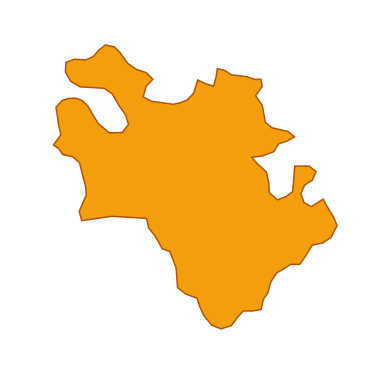 Águas Frias, Santa Catarina, Brazil, rotated 190°
{"feature_id": "56859067B4430319008456", "entity_name": "Águas Frias", "entity_type": "district", "adm_level": 2, "iso_a3": "BRA", "parent_name": "Brazil", "parent_adm1": "Santa Catarina", "projection": "robinson", "projection_center": [-52.849, -26.847], "detail": "fine", "context": "isolated", "style": "filled", "palette": "amber", "viewbox_px": 384, "rotation_deg": 190, "n_neighbors": 0, "source": "geoboundaries", "source_scale": "gbopen_adm2", "svg_char_len": 1740}
<svg xmlns="http://www.w3.org/2000/svg" viewBox="0 0 384 384"><g transform="rotate(190 192 192)"><path d="M295.6,144.7L266.6,154.2L232.2,158.1L228.2,148.8L221.5,143.1L216.0,136.6L211.4,130.9L203.4,129.6L199.6,123.1L194.4,114.3L192.0,104.6L189.6,95.3L180.5,90.4L168.7,88.3L163.8,79.4L158.3,71.7L149.6,64.4L139.9,62.2L130.1,67.1L125.5,76.4L121.0,83.7L111.4,85.4L103.7,88.3L103.0,98.9L99.8,105.7L98.8,117.1L94.4,127.2L88.8,131.8L82.2,137.9L73.4,139.4L69.3,148.0L64.4,160.5L54.3,164.6L47.1,171.6L43.3,184.1L48.5,192.3L53.8,198.0L61.7,207.7L71.8,198.3L79.8,200.9L84.6,209.7L82.2,218.6L75.6,224.5L73.4,233.6L81.1,237.8L87.7,236.6L95.3,235.4L94.0,221.9L93.0,209.7L98.4,204.0L106.6,199.1L115.8,204.8L117.7,213.4L122.1,224.5L131.9,230.8L139.5,236.5L128.8,239.8L118.6,245.8L115.1,254.4L106.8,259.0L100.6,264.2L108.2,268.3L117.0,268.8L124.6,269.1L131.9,273.5L134.6,280.8L137.8,289.4L146.1,297.9L141.2,308.1L143.7,315.0L149.9,313.8L157.5,315.0L166.3,314.7L173.6,314.2L180.8,317.4L188.5,317.9L188.2,309.8L189.2,300.0L197.6,301.1L205.8,303.3L207.6,289.4L212.9,281.6L218.8,278.0L225.7,275.1L235.3,274.8L247.7,274.3L256.6,277.2L255.5,288.1L250.1,296.3L257.9,301.6L268.1,303.1L277.8,307.6L286.8,316.6L293.8,321.5L302.8,321.8L308.4,315.5L312.5,308.5L319.5,303.6L330.6,302.4L338.6,297.9L337.6,288.3L330.7,280.0L320.5,276.1L313.9,276.9L307.0,277.7L296.3,278.9L287.6,274.8L279.2,264.7L270.5,256.1L266.3,247.6L270.9,238.5L283.8,235.9L296.1,243.1L302.2,249.9L309.8,258.8L316.0,263.1L322.7,264.2L329.3,262.9L335.5,259.8L340.7,252.0L338.2,244.7L335.1,235.1L331.1,225.6L336.6,214.2L330.7,211.5L325.8,206.4L315.8,206.1L307.8,201.2L302.8,189.9L298.0,179.7L295.5,170.8L298.0,161.0L299.7,153.2L295.6,144.7Z" fill="#f59e0b" stroke="#b45309" stroke-width="1.5"/></g></svg>